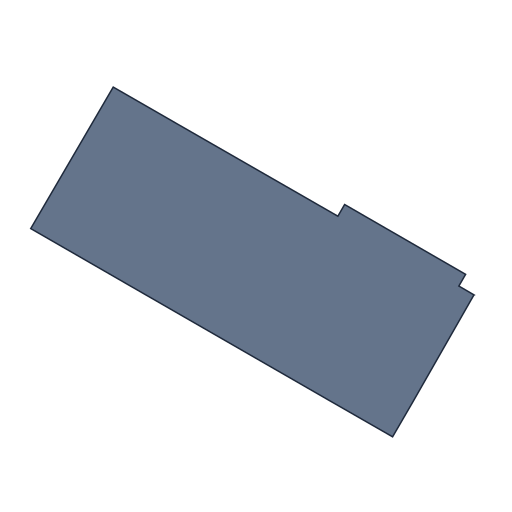 Stark, North Dakota, United States of America, rotated 30°
{"feature_id": "52423323B36823497446374", "entity_name": "Stark", "entity_type": "district", "adm_level": 2, "iso_a3": "USA", "parent_name": "United States of America", "parent_adm1": "North Dakota", "projection": "natural_earth1", "projection_center": [-102.534, 46.82], "detail": "fine", "context": "isolated", "style": "filled", "palette": "slate", "viewbox_px": 512, "rotation_deg": 30, "n_neighbors": 0, "source": "geoboundaries", "source_scale": "gbopen_adm2", "svg_char_len": 336}
<svg xmlns="http://www.w3.org/2000/svg" viewBox="0 0 512 512"><g transform="rotate(30 256 256)"><path d="M120.7,181.0L47.9,181.1L47.2,344.9L158.9,344.8L390.9,344.5L464.7,344.3L464.8,303.8L464.2,181.0L464.4,180.7L446.7,180.6L446.7,167.1L307.0,167.1L307.0,180.6L120.7,181.0Z" fill="#64748b" stroke="#1e293b" stroke-width="1.5"/></g></svg>